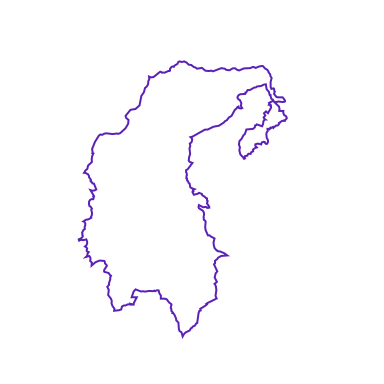 the district of Saliste, Sibiu, Romania, rotated 151°
{"feature_id": "2599482B68453018923397", "entity_name": "Saliste", "entity_type": "district", "adm_level": 2, "iso_a3": "ROU", "parent_name": "Romania", "parent_adm1": "Sibiu", "projection": "natural_earth1", "projection_center": [23.849, 45.799], "detail": "fine", "context": "isolated", "style": "outline", "palette": "violet", "viewbox_px": 384, "rotation_deg": 151, "n_neighbors": 0, "source": "geoboundaries", "source_scale": "gbopen_adm2", "svg_char_len": 6023}
<svg xmlns="http://www.w3.org/2000/svg" viewBox="0 0 384 384"><g transform="rotate(151 192 192)"><path d="M301.2,218.9L300.5,218.2L300.6,216.1L301.7,214.4L302.7,213.7L303.8,211.5L305.2,211.5L307.9,209.7L308.0,208.7L308.7,207.8L308.8,206.4L309.4,205.9L311.2,205.2L314.0,205.5L314.3,204.6L314.3,204.1L312.3,204.1L310.7,202.7L307.4,201.8L307.8,199.4L308.7,197.7L310.2,196.6L312.0,196.2L311.2,194.7L311.1,193.4L312.5,192.0L312.7,191.1L311.5,189.5L313.1,188.8L314.5,187.1L316.2,186.6L312.9,185.8L312.7,184.7L313.0,183.0L314.5,181.0L313.8,178.9L315.5,176.3L310.4,177.4L306.0,176.8L302.1,174.2L302.1,173.2L302.7,171.8L302.1,169.2L302.5,168.5L306.5,166.5L307.4,165.1L307.4,164.7L304.2,161.6L304.0,159.2L303.4,158.0L305.0,156.9L305.7,155.4L308.8,152.5L309.5,151.1L312.1,150.1L312.2,146.8L315.3,142.5L314.6,138.0L314.9,135.9L316.4,133.4L316.8,130.8L316.4,127.5L317.7,125.9L313.2,124.0L310.8,123.6L308.8,125.8L306.7,125.8L305.2,125.0L302.4,124.8L299.9,123.1L299.9,123.9L297.6,121.8L296.6,123.2L291.3,126.7L295.8,129.2L291.2,133.3L288.6,134.2L284.8,129.7L282.9,128.9L281.8,127.9L277.0,126.0L274.3,124.2L272.8,124.0L272.4,123.1L270.5,123.1L268.9,122.1L269.7,119.0L269.4,116.6L271.0,113.8L267.7,112.0L266.2,110.6L265.6,106.5L264.4,103.7L266.8,100.9L266.8,99.5L267.7,98.1L267.2,96.0L267.8,95.6L267.1,94.8L266.9,93.0L267.3,89.0L268.0,87.4L267.2,84.4L270.0,78.3L270.3,76.4L269.2,74.4L270.2,70.2L268.2,71.5L265.6,72.3L261.2,72.0L259.1,73.3L258.1,73.2L256.5,73.9L254.4,73.7L251.7,75.1L251.0,74.9L244.8,83.1L243.3,84.4L241.8,84.2L241.5,85.8L234.9,86.1L233.4,86.5L233.7,87.2L232.4,87.4L222.1,86.9L221.8,89.7L218.2,94.5L216.9,97.8L216.6,100.2L216.8,100.7L213.8,101.3L213.6,106.3L210.7,109.4L208.4,110.3L207.8,118.1L206.4,118.5L205.2,120.7L202.5,121.1L200.9,121.9L197.4,121.9L191.9,119.4L193.5,122.9L196.2,126.3L198.4,128.0L198.3,128.6L199.0,129.7L199.4,132.3L198.6,135.3L197.6,137.5L194.8,140.5L196.9,143.6L197.7,145.6L199.1,146.3L198.6,152.0L197.5,154.9L194.4,159.5L194.4,160.4L195.1,162.0L193.8,164.8L192.3,166.5L191.5,168.5L191.7,170.6L193.8,174.4L193.6,175.7L192.3,177.2L189.6,173.2L187.1,172.3L186.4,170.7L184.5,169.9L184.0,171.1L184.4,171.7L184.1,172.8L184.5,174.7L182.7,176.5L183.0,177.0L182.0,179.2L182.7,179.9L183.2,181.8L184.6,184.1L184.3,185.5L186.3,187.9L188.0,187.7L191.7,188.7L191.6,191.6L190.7,191.7L190.9,192.4L190.4,193.1L188.4,193.2L190.6,195.7L191.2,197.0L190.0,200.6L190.5,201.6L190.3,203.6L190.7,204.4L189.8,206.2L190.3,206.7L189.1,208.6L188.5,208.9L187.5,211.0L187.6,212.1L186.7,213.9L184.7,214.0L177.5,217.2L179.4,219.4L179.7,221.0L177.7,223.8L175.1,226.3L173.1,231.3L171.2,233.1L170.4,235.5L168.5,235.6L166.6,237.4L166.1,238.9L166.7,240.7L164.7,240.2L150.6,240.3L147.9,239.0L141.7,238.7L136.2,236.9L130.6,237.3L129.0,237.9L126.7,237.9L123.5,239.3L120.5,239.4L114.7,243.1L112.7,243.4L111.1,244.3L109.9,244.2L110.3,242.8L110.0,242.4L108.6,241.2L107.4,241.1L107.6,242.4L107.3,243.9L105.9,245.6L105.6,248.1L105.6,249.3L106.5,250.6L106.5,252.6L105.6,253.5L103.8,254.2L102.2,254.0L97.9,252.0L97.2,253.0L96.6,252.7L93.9,254.2L92.0,253.1L87.1,253.2L85.4,252.5L84.1,252.8L80.1,251.2L77.1,251.1L75.2,250.4L76.9,245.8L76.2,242.4L77.0,239.1L76.3,238.6L76.9,237.4L77.4,235.1L76.5,233.5L76.5,232.4L81.4,232.6L81.4,231.9L82.4,231.1L81.0,230.4L81.0,229.5L81.6,229.2L81.4,228.6L82.0,227.4L87.4,224.1L88.2,226.6L90.8,226.0L90.9,223.3L93.2,222.5L93.2,221.0L92.7,219.8L93.3,220.1L95.2,219.3L96.9,217.0L98.8,215.5L102.5,219.7L103.4,219.3L104.5,219.6L105.7,218.1L108.0,217.6L114.1,220.3L117.6,217.1L119.4,216.7L123.0,214.4L125.7,213.6L127.9,210.9L128.5,207.7L130.4,205.5L131.5,201.3L130.4,197.3L130.6,196.1L129.9,195.6L129.2,195.8L129.4,197.0L128.2,197.7L126.0,196.9L124.9,197.9L123.9,198.0L122.3,196.9L120.8,198.1L118.8,197.9L118.2,199.4L117.7,199.6L115.3,199.9L113.7,199.5L114.2,201.7L113.5,203.0L111.1,202.5L108.4,200.1L107.0,201.5L105.1,201.2L104.2,200.5L104.4,199.9L103.9,198.1L102.8,197.8L101.2,199.0L100.5,200.4L100.3,203.4L98.9,206.6L97.8,207.9L96.2,208.6L95.4,210.6L94.5,209.9L92.6,210.1L92.9,209.5L91.6,209.9L91.1,209.4L89.9,209.7L89.5,209.6L89.5,208.8L88.7,209.3L88.1,208.9L86.5,209.4L84.7,208.6L83.3,209.0L82.7,210.1L81.8,209.9L81.5,210.3L78.7,210.5L76.7,209.4L76.7,210.0L75.3,209.8L73.4,210.5L73.0,211.6L73.2,213.3L74.0,214.3L74.1,215.1L73.6,217.5L72.8,218.6L76.4,220.6L75.1,222.4L74.5,224.6L76.3,230.5L72.3,229.1L69.4,226.9L67.4,226.1L66.8,226.1L66.3,226.9L66.8,230.8L71.1,233.2L72.1,234.3L72.7,238.1L70.9,239.6L71.1,240.4L70.2,242.4L70.4,243.1L72.6,243.7L72.3,245.7L70.0,250.0L67.1,253.1L67.2,255.5L66.6,256.9L67.0,259.6L66.7,260.2L66.9,262.4L68.2,264.5L68.9,267.6L69.5,268.2L72.2,269.2L76.3,269.7L77.2,271.2L78.2,271.9L81.0,272.1L86.6,274.9L91.9,275.5L93.3,276.9L94.2,279.1L95.0,279.7L96.5,280.4L100.0,280.3L101.0,280.8L103.0,282.4L103.4,283.8L106.3,286.1L115.2,287.4L116.3,288.8L118.4,289.5L121.5,291.6L123.1,295.7L127.8,297.4L128.6,299.2L129.9,300.5L131.0,303.4L133.2,305.0L134.0,307.9L135.5,310.0L137.8,310.6L139.7,312.3L141.0,312.3L142.7,311.1L146.2,311.0L147.1,310.3L148.2,311.2L149.4,311.3L151.6,310.3L152.3,308.9L153.0,308.7L154.0,309.3L157.9,309.6L160.6,311.1L160.8,312.1L161.7,312.6L169.9,311.2L172.2,312.0L173.6,313.8L174.7,311.4L176.3,310.3L178.3,307.4L180.4,306.2L182.7,305.7L185.8,302.5L189.7,300.6L195.9,293.2L201.2,292.0L205.9,293.7L213.2,290.8L213.7,288.9L212.6,285.8L214.8,282.6L219.2,280.0L226.2,278.3L228.3,278.6L229.6,279.7L233.3,281.1L238.2,284.7L240.5,285.6L242.7,285.5L244.3,286.7L246.3,286.4L252.5,282.9L258.5,278.1L259.8,274.6L260.3,274.2L259.6,273.5L261.7,272.0L263.8,269.4L265.0,266.8L270.1,265.5L272.4,262.9L274.5,262.6L277.1,261.1L276.0,260.4L274.4,258.1L274.3,256.1L274.9,254.7L274.5,251.9L274.8,251.1L275.4,250.9L275.4,250.1L274.8,249.1L274.9,247.8L273.7,246.9L274.5,240.6L276.6,240.6L278.7,241.6L279.9,242.9L279.7,235.9L280.6,235.9L280.7,234.6L281.9,233.6L283.1,234.4L284.9,234.5L286.6,233.6L288.0,231.3L288.5,229.5L287.8,228.2L287.6,226.0L288.7,225.4L289.6,222.1L291.1,220.0L292.5,219.1L292.6,218.3L295.7,218.3L298.5,219.2L301.2,218.9Z" fill="none" stroke="#5b21b6" stroke-width="2"/></g></svg>